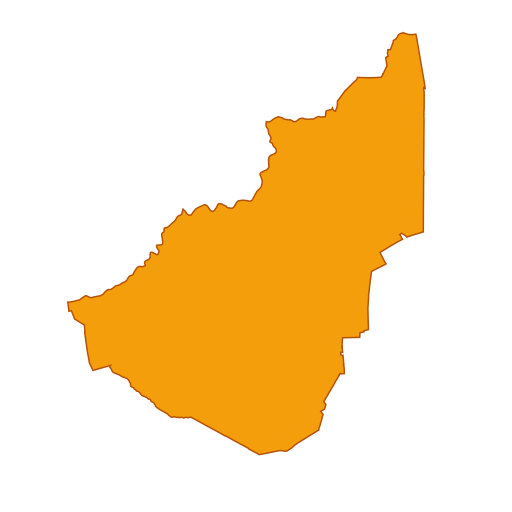 the district of De Ronde Venen, Utrecht, Netherlands, rotated 351°
{"feature_id": "6326949B84891227552476", "entity_name": "De Ronde Venen", "entity_type": "district", "adm_level": 2, "iso_a3": "NLD", "parent_name": "Netherlands", "parent_adm1": "Utrecht", "projection": "albers", "projection_center": [4.92, 52.233], "detail": "fine", "context": "isolated", "style": "filled", "palette": "amber", "viewbox_px": 512, "rotation_deg": 351, "n_neighbors": 0, "source": "geoboundaries", "source_scale": "gbopen_adm2", "svg_char_len": 6021}
<svg xmlns="http://www.w3.org/2000/svg" viewBox="0 0 512 512"><g transform="rotate(351 256 256)"><path d="M164.3,230.2L159.8,229.8L159.5,230.0L159.3,230.4L159.3,231.2L159.8,233.2L160.9,235.7L160.9,236.5L160.7,237.1L160.0,238.2L159.3,239.0L158.8,239.3L158.6,239.3L157.1,238.4L154.5,236.3L154.0,236.1L153.0,235.9L152.6,236.0L152.1,236.6L151.6,238.1L151.5,239.4L151.3,240.2L151.0,241.2L150.5,241.7L149.5,242.6L146.4,243.4L145.9,243.7L145.2,244.4L145.0,245.0L144.8,245.7L145.2,247.9L145.0,248.3L143.3,248.7L142.4,248.8L138.9,248.0L137.3,248.5L136.0,249.6L133.6,252.2L131.5,255.1L130.7,255.5L128.7,255.8L127.5,256.4L126.4,257.4L125.6,258.6L124.7,259.7L123.6,260.4L122.7,260.9L119.8,261.7L117.3,262.9L115.6,263.3L112.5,263.6L110.3,265.0L107.5,266.3L106.9,266.4L104.7,266.0L103.5,266.5L101.4,267.7L99.6,269.4L99.0,269.8L96.7,270.8L96.1,270.9L89.1,271.1L87.3,271.5L84.6,270.5L82.4,268.8L81.4,268.6L80.5,268.9L77.6,270.2L75.1,271.7L72.0,271.9L70.3,272.2L67.5,272.3L64.8,272.4L62.9,272.1L62.6,281.3L65.1,281.1L67.0,289.8L75.7,297.4L75.1,304.6L74.9,304.6L74.8,305.0L74.5,323.9L74.6,328.5L74.8,328.8L74.7,329.1L74.7,334.4L74.8,335.6L77.0,343.5L95.2,341.3L94.4,342.3L94.3,342.6L94.3,343.1L94.5,343.5L95.2,344.5L95.8,346.9L96.5,348.3L97.4,349.1L102.3,352.0L105.4,354.7L106.8,355.2L109.8,357.2L111.1,359.3L111.3,360.7L112.1,362.2L112.1,363.1L111.8,364.6L111.9,365.1L113.4,366.4L114.4,366.9L115.1,368.5L115.9,369.0L116.2,369.3L116.8,370.7L118.5,371.3L118.9,371.6L120.1,373.4L121.2,375.5L121.9,376.2L125.8,378.5L127.4,380.5L128.9,381.0L129.2,381.4L129.7,383.0L129.9,383.4L131.8,384.6L132.1,385.0L132.4,386.0L133.1,387.1L133.2,387.6L133.2,388.2L133.3,388.7L134.1,389.9L137.0,392.7L142.6,397.1L144.1,398.3L144.6,399.3L146.7,401.6L147.7,402.2L148.8,401.9L149.9,402.0L152.8,403.1L154.4,403.3L155.3,403.7L157.0,403.6L158.1,404.0L159.4,404.7L161.1,404.3L164.2,405.2L165.8,404.9L166.5,405.0L188.0,421.6L190.5,423.4L197.1,428.7L198.5,429.4L201.3,431.6L204.3,434.0L218.7,445.0L219.0,445.9L219.6,446.2L225.2,450.4L226.1,450.9L228.1,452.7L231.5,452.6L248.4,451.9L250.7,452.2L254.7,453.5L256.2,453.4L261.4,451.0L265.4,448.4L266.6,448.0L266.9,447.7L290.9,437.6L290.8,437.4L291.0,436.5L293.1,432.5L297.5,422.9L295.6,419.6L299.8,417.9L301.8,413.6L300.1,410.5L305.8,403.7L305.7,403.4L306.3,402.8L308.9,399.9L312.4,395.6L315.6,391.5L320.2,386.0L320.0,385.9L320.8,385.2L322.4,385.8L324.9,386.0L325.5,380.9L325.6,378.8L325.4,378.7L325.5,377.0L325.8,377.0L325.8,375.9L326.3,369.0L326.2,368.9L326.4,367.6L324.4,367.2L324.5,364.3L326.5,364.6L326.9,359.5L326.6,359.4L326.7,358.4L327.0,358.5L327.3,356.2L328.2,352.4L328.8,350.3L345.7,352.6L346.7,348.0L350.8,347.8L350.9,346.9L351.1,346.7L355.5,346.3L356.0,343.3L356.1,341.8L356.4,339.7L356.7,337.1L358.4,324.7L360.4,316.1L361.2,311.9L362.9,306.1L363.7,302.7L364.2,301.7L364.4,300.3L365.0,298.2L365.7,296.2L366.5,293.1L367.7,289.3L383.2,284.2L382.1,281.4L379.0,271.9L387.4,268.4L397.2,264.5L403.3,262.4L401.4,257.3L401.6,257.3L403.3,256.3L406.7,259.1L407.9,260.9L413.7,259.9L425.0,258.4L434.1,203.1L434.2,202.4L434.5,202.4L435.1,198.7L434.8,198.6L443.3,147.5L443.6,144.7L443.9,142.5L444.1,142.3L444.2,142.2L444.0,141.9L444.4,139.9L445.0,137.4L447.5,122.1L447.7,119.9L447.9,116.0L448.0,115.8L449.3,116.9L449.4,110.6L449.2,98.1L448.8,65.3L448.6,61.9L445.0,61.8L442.4,61.3L440.4,60.7L436.3,58.5L436.2,58.8L434.5,58.7L433.2,58.9L431.7,59.6L430.7,60.5L429.7,62.0L428.9,62.9L427.3,64.0L425.5,64.5L425.2,65.0L424.9,66.4L421.0,73.2L418.6,72.9L417.6,76.0L417.6,79.7L417.4,79.8L416.3,79.8L415.2,80.2L415.1,87.7L415.2,88.4L415.1,88.8L414.4,89.6L410.1,95.9L409.6,95.9L409.5,97.0L409.2,97.1L407.8,99.0L402.1,98.5L395.9,97.7L384.1,95.5L383.0,97.6L378.3,100.7L371.2,105.9L369.9,106.7L367.4,109.2L366.7,109.8L366.4,110.4L365.6,110.9L363.5,113.1L360.7,115.7L360.1,118.9L360.1,119.4L359.2,121.7L359.0,122.4L358.3,123.2L357.2,125.5L355.8,124.7L355.2,124.1L354.9,123.4L354.8,121.9L354.7,121.6L353.9,122.8L353.2,123.1L352.4,123.3L351.2,123.2L348.5,123.6L348.0,123.8L347.8,124.0L347.4,125.2L346.5,128.5L346.0,129.4L344.1,129.0L341.9,129.0L340.5,128.2L338.7,128.1L333.6,129.8L332.3,129.3L329.7,129.2L327.0,128.7L325.5,128.2L323.8,127.3L322.5,127.1L321.0,127.2L319.6,127.6L317.2,129.1L316.0,129.4L314.8,129.4L314.1,129.1L312.1,127.4L311.4,127.0L310.6,126.7L309.0,126.7L307.9,126.0L305.9,125.6L304.0,123.9L299.7,121.9L297.9,122.5L296.6,122.7L295.6,123.0L291.6,125.2L290.8,125.5L288.9,125.5L287.2,125.0L286.6,126.9L286.4,129.4L286.7,130.6L287.6,132.5L287.8,133.1L287.7,137.2L288.6,139.3L289.2,141.2L289.2,141.8L288.9,143.0L287.6,144.8L287.5,145.4L287.8,145.8L288.1,146.1L289.2,146.8L289.8,147.3L290.0,149.0L290.7,150.9L291.1,151.4L291.8,152.0L292.1,152.5L292.6,154.2L292.6,155.1L292.2,156.6L290.4,157.8L286.1,159.0L285.3,159.6L284.3,160.5L283.8,161.5L283.4,163.0L283.0,166.5L282.8,169.5L282.3,170.7L281.8,171.3L279.9,172.6L277.1,173.3L274.4,174.2L273.6,174.7L273.0,175.2L272.8,175.7L272.8,176.6L273.9,181.6L273.9,182.9L273.5,184.8L272.2,188.0L271.6,188.8L270.5,189.9L268.6,191.1L266.6,192.8L266.1,193.6L265.0,194.7L264.1,196.2L263.4,196.9L261.0,200.2L259.6,200.8L258.7,200.9L257.7,200.7L255.8,199.8L254.4,199.6L253.3,199.2L251.9,198.9L249.6,198.7L247.5,198.8L246.6,199.0L245.3,200.0L241.9,204.2L240.4,205.0L239.8,205.1L236.0,204.1L234.8,203.2L234.4,202.3L234.1,202.0L231.5,200.3L230.4,199.3L228.6,198.7L227.5,198.5L227.0,198.7L226.5,199.1L224.2,202.3L223.2,203.1L222.3,204.4L221.5,204.8L220.2,205.2L219.3,204.9L217.9,203.6L216.5,200.4L215.6,198.9L215.2,198.4L214.0,197.5L212.9,197.4L210.5,197.9L204.4,199.8L203.5,200.4L201.2,202.4L198.9,204.8L197.8,205.6L195.8,205.0L195.1,204.4L194.4,203.5L193.5,201.5L191.3,198.3L190.1,200.8L189.5,202.4L189.2,202.9L188.8,203.3L187.6,203.8L185.9,204.2L184.9,204.7L183.9,205.5L183.1,206.5L182.3,207.7L181.7,208.2L179.5,209.9L177.7,210.8L175.3,212.6L173.0,213.8L172.2,213.9L170.0,214.0L169.4,215.0L169.1,216.9L168.9,217.7L167.0,218.6L166.6,219.1L166.3,219.8L166.1,221.3L166.2,224.4L166.0,227.7L165.9,228.6L165.6,229.4L165.1,229.9L164.3,230.2Z" fill="#f59e0b" stroke="#b45309" stroke-width="1.5"/></g></svg>